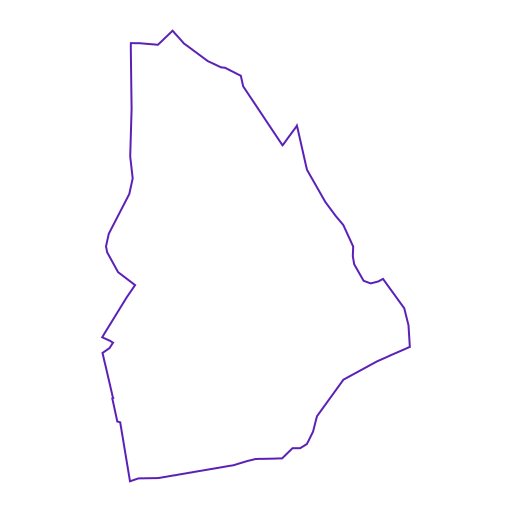 outline of Gharb Jabal Marrah, Central Darfur, Sudan
{"feature_id": "16777658B15584581797424", "entity_name": "Gharb Jabal Marrah", "entity_type": "district", "adm_level": 2, "iso_a3": "SDN", "parent_name": "Sudan", "parent_adm1": "Central Darfur", "projection": "equal_earth", "projection_center": [24.023, 13.095], "detail": "fine", "context": "isolated", "style": "outline", "palette": "violet", "viewbox_px": 512, "rotation_deg": 0, "n_neighbors": 0, "source": "geoboundaries", "source_scale": "gbopen_adm2", "svg_char_len": 3309}
<svg xmlns="http://www.w3.org/2000/svg" viewBox="0 0 512 512"><path d="M296.9,125.7L296.7,126.1L296.5,126.3L294.6,129.0L294.1,129.6L293.5,130.4L293.4,130.6L293.2,130.9L292.4,131.9L292.3,132.1L292.0,132.4L291.6,133.0L291.0,133.8L290.9,134.0L290.4,134.7L289.9,135.3L287.5,138.6L287.1,139.1L286.7,139.7L286.5,140.0L285.8,140.9L285.6,141.2L285.5,141.3L285.3,141.7L285.2,141.8L284.8,142.4L284.4,142.9L284.2,143.2L283.9,143.5L283.6,144.0L283.4,144.2L283.0,144.8L282.9,145.0L282.7,145.1L282.5,145.3L282.3,145.0L282.1,144.6L281.9,144.4L281.8,144.2L281.7,144.1L281.4,143.7L280.8,142.7L279.6,141.0L277.1,137.2L275.9,135.4L269.2,125.4L268.0,123.6L255.9,105.4L243.2,86.4L240.8,75.7L240.5,75.6L237.5,74.1L235.9,73.3L233.6,72.1L233.2,71.9L231.4,71.0L230.6,70.6L230.4,70.5L230.1,70.4L229.9,70.2L229.7,70.1L228.7,69.6L228.0,69.3L226.9,68.7L226.4,68.5L226.1,68.3L225.7,68.0L225.5,67.9L225.3,67.8L225.1,67.8L224.8,67.7L223.4,67.6L222.6,67.5L222.0,67.4L221.6,67.4L221.4,67.4L221.2,67.4L220.8,67.2L220.0,66.8L218.8,66.3L218.0,65.9L217.4,65.6L208.8,61.6L208.6,61.5L207.8,61.1L207.6,61.0L207.3,60.7L206.8,60.3L205.6,59.5L202.0,56.8L201.9,56.7L200.1,55.4L195.8,52.2L194.1,51.0L187.7,46.2L183.8,43.4L183.1,42.5L178.2,37.0L175.9,34.5L174.2,32.6L174.1,32.4L173.8,32.0L173.5,31.7L173.3,31.5L173.1,31.3L172.8,31.0L172.8,30.9L172.6,30.7L172.4,30.9L170.4,32.8L169.7,33.5L165.3,37.7L161.8,41.1L160.6,42.2L159.9,42.9L158.9,43.8L158.2,44.5L157.8,44.8L155.9,44.6L154.9,44.5L148.7,44.0L144.2,43.6L139.4,43.2L137.9,43.2L135.1,43.2L132.5,43.1L130.9,43.1L130.8,46.8L130.8,47.4L131.3,87.0L131.6,108.9L130.2,156.5L132.7,178.4L129.3,194.0L108.8,233.7L106.0,246.4L107.2,252.4L118.1,272.2L135.1,285.1L126.6,297.5L107.1,329.2L105.1,332.4L102.2,337.3L110.0,340.8L113.0,342.7L109.5,348.1L103.9,352.0L102.5,352.9L104.4,361.2L105.4,365.2L112.9,397.5L113.2,397.9L112.3,398.4L117.3,421.5L120.2,422.3L130.0,481.3L138.4,478.4L149.9,478.2L156.3,478.1L158.5,478.0L159.4,477.9L160.3,477.7L161.2,477.6L162.1,477.4L162.7,477.3L163.3,477.2L164.0,477.1L164.3,477.0L164.5,477.0L165.2,476.9L166.0,476.8L166.9,476.6L173.1,475.5L174.6,475.3L175.3,475.2L179.7,474.4L185.1,473.5L186.9,473.2L188.4,472.9L190.2,472.6L190.5,472.6L192.1,472.3L193.2,472.1L195.5,471.7L197.8,471.3L219.0,467.7L228.7,466.0L229.9,465.8L230.8,465.7L232.6,465.4L234.2,465.1L234.7,464.9L236.2,464.4L236.5,464.3L238.8,463.6L241.4,462.8L241.9,462.7L242.8,462.4L243.2,462.3L243.5,462.2L245.1,461.7L247.8,460.9L251.6,460.0L252.4,459.8L253.5,459.5L255.7,459.0L256.3,459.0L256.8,459.0L258.2,458.9L259.6,458.9L260.6,458.9L270.2,458.7L271.7,458.7L280.1,458.4L280.4,458.4L280.7,458.4L280.8,458.4L281.1,458.4L281.3,458.4L281.6,458.4L282.1,458.4L282.5,458.0L292.5,448.2L300.2,448.2L306.9,444.0L307.1,443.6L307.3,443.1L308.6,440.7L309.8,438.2L312.5,432.7L312.8,432.2L313.0,431.7L313.3,430.7L313.5,429.9L313.9,428.2L314.2,427.1L316.4,418.3L316.6,417.8L317.0,416.2L343.4,379.7L351.6,375.2L376.6,361.6L379.2,360.4L379.6,360.3L379.9,360.1L383.3,358.6L391.7,354.8L403.7,349.6L409.1,347.2L409.8,347.0L409.8,346.9L409.7,344.8L408.5,325.3L404.2,308.1L402.8,306.3L393.2,293.0L389.7,288.2L383.0,278.9L378.2,281.5L370.7,283.4L363.6,280.8L354.2,264.3L352.8,256.1L353.2,246.6L343.3,225.0L335.8,216.1L325.4,202.1L307.0,169.8L306.0,165.6L297.7,128.9L297.1,126.5L296.9,125.7Z" fill="none" stroke="#5b21b6" stroke-width="2"/></svg>